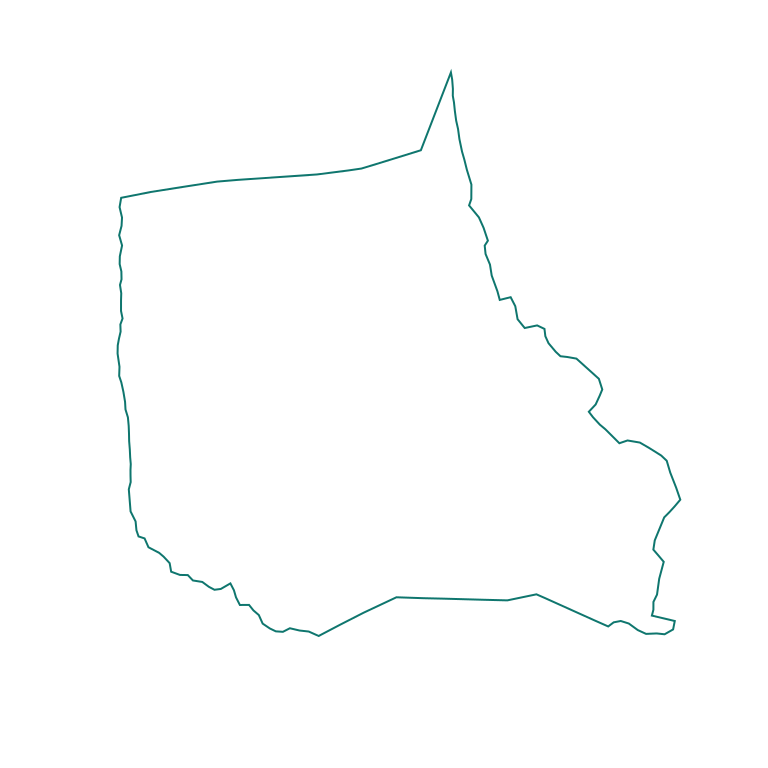 the district of Cajazeiras, Paraíba, Brazil, rotated 260°
{"feature_id": "56859067B23087761715459", "entity_name": "Cajazeiras", "entity_type": "district", "adm_level": 2, "iso_a3": "BRA", "parent_name": "Brazil", "parent_adm1": "Paraíba", "projection": "orthographic", "projection_center": [-38.549, -6.93], "detail": "fine", "context": "isolated", "style": "outline", "palette": "teal", "viewbox_px": 768, "rotation_deg": 260, "n_neighbors": 0, "source": "geoboundaries", "source_scale": "gbopen_adm2", "svg_char_len": 2153}
<svg xmlns="http://www.w3.org/2000/svg" viewBox="0 0 768 768"><g transform="rotate(260 384 384)"><path d="M100.1,629.2L109.4,607.6L114.9,610.1L122.6,611.5L129.2,616.3L144.4,621.2L160.3,628.6L167.9,624.2L174.1,620.5L183.0,623.5L204.0,636.8L208.3,642.9L213.1,649.1L218.6,655.7L231.2,653.7L247.1,650.5L259.3,649.1L265.4,644.6L274.8,634.2L281.9,625.8L286.1,614.0L284.8,605.5L293.5,599.4L300.9,594.2L306.5,589.5L314.9,584.1L321.1,580.9L327.1,588.9L335.2,594.5L340.7,598.0L351.8,596.5L375.6,577.9L378.8,569.1L380.7,562.6L385.9,558.7L395.6,553.1L403.0,551.2L410.4,551.6L415.1,545.0L414.7,532.3L424.6,526.8L437.8,526.8L447.5,523.8L446.7,512.6L455.6,511.8L472.1,508.9L483.2,509.1L494.4,506.6L502.8,507.2L507.1,511.2L520.5,509.2L531.6,506.4L545.1,498.8L551.0,502.1L565.2,504.7L580.7,502.8L590.8,502.1L599.4,501.2L612.0,500.8L622.3,501.2L630.8,500.8L640.7,501.2L649.1,501.8L655.9,501.8L662.7,503.1L672.0,504.0L679.2,504.0L607.8,460.9L602.0,415.0L600.1,399.2L600.5,385.9L602.0,354.4L610.4,275.6L612.3,254.8L613.0,220.6L613.6,187.8L613.0,157.5L604.1,154.3L593.4,154.9L585.3,153.0L576.5,149.0L565.9,150.1L555.6,146.0L548.0,144.5L540.4,144.9L532.7,143.7L527.4,141.2L519.0,141.0L512.3,139.6L501.6,137.7L493.9,137.9L488.4,134.7L481.3,133.7L474.5,130.8L468.3,128.5L460.2,126.9L446.9,126.5L437.9,124.6L431.1,125.6L421.5,126.0L411.4,125.9L403.8,125.0L395.6,126.0L387.1,125.3L379.7,124.3L372.0,123.1L363.6,122.3L355.9,121.3L349.1,120.7L343.3,119.4L337.4,118.4L331.4,117.5L324.6,114.4L313.0,113.3L302.5,112.3L291.8,115.5L282.9,114.8L276.5,115.8L273.5,121.4L264.1,123.7L256.7,133.3L252.2,137.0L244.8,141.8L236.1,141.8L231.4,149.9L229.9,157.6L223.7,161.7L220.6,170.7L214.7,176.3L210.8,181.3L210.5,187.7L214.3,198.1L206.9,200.4L199.6,201.2L191.4,203.7L189.9,212.7L183.7,216.1L178.2,220.6L169.1,222.9L163.1,229.1L159.2,234.5L157.5,241.4L159.8,248.9L155.9,258.0L153.3,266.9L147.2,275.9L154.6,299.1L162.3,324.2L171.8,359.2L166.2,385.7L162.3,405.2L154.3,444.2L149.5,467.9L150.4,497.6L145.0,505.7L114.9,549.9L106.3,562.7L109.4,568.8L109.5,576.0L105.6,583.5L97.6,591.2L92.4,598.7L91.0,609.2L88.8,616.9L92.1,626.1L100.1,629.2Z" fill="none" stroke="#0f766e" stroke-width="2"/></g></svg>